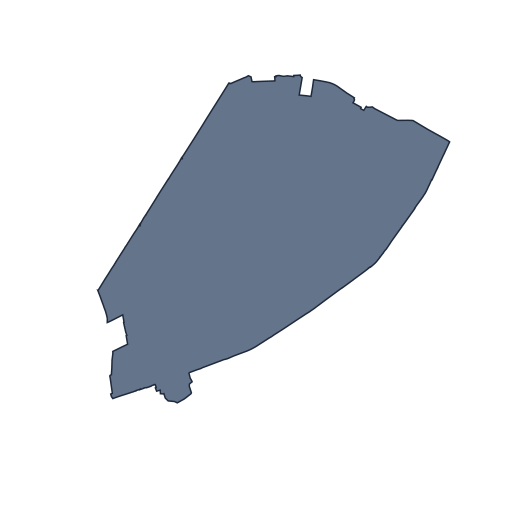 Voluntari, Bucharest, Romania (Robinson projection), rotated 114°
{"feature_id": "2599482B78870557966424", "entity_name": "Voluntari", "entity_type": "district", "adm_level": 2, "iso_a3": "ROU", "parent_name": "Romania", "parent_adm1": "Bucharest", "projection": "robinson", "projection_center": [26.156, 44.509], "detail": "fine", "context": "isolated", "style": "filled", "palette": "slate", "viewbox_px": 512, "rotation_deg": 114, "n_neighbors": 0, "source": "geoboundaries", "source_scale": "gbopen_adm2", "svg_char_len": 5782}
<svg xmlns="http://www.w3.org/2000/svg" viewBox="0 0 512 512"><g transform="rotate(114 256 256)"><path d="M444.5,328.8L444.3,328.6L443.4,327.7L442.4,326.7L441.8,326.0L441.2,325.4L439.8,323.9L439.5,323.5L438.7,322.7L438.1,322.0L437.9,321.8L437.2,321.0L436.2,319.8L435.8,319.4L434.0,317.4L432.6,315.8L432.3,315.5L432.2,315.4L431.2,314.3L430.8,313.9L430.5,313.5L430.2,313.1L430.0,312.9L429.8,312.7L429.4,312.4L429.2,312.1L428.9,311.8L428.8,311.7L428.4,311.2L428.2,310.9L428.0,310.7L427.7,310.8L427.6,310.7L426.9,309.9L426.6,309.6L426.4,309.3L426.0,308.9L425.7,308.6L425.5,308.3L425.3,308.0L425.1,307.9L425.4,307.8L424.8,307.2L424.3,306.6L424.0,306.3L422.4,304.6L422.2,304.7L421.8,304.2L421.3,303.7L421.2,303.4L421.2,303.2L421.2,302.9L420.7,302.4L420.5,302.0L420.1,301.6L419.3,300.7L419.0,300.3L418.7,300.2L418.3,299.8L418.2,299.6L418.1,299.4L418.0,299.1L416.9,298.6L415.6,297.2L415.2,296.7L415.0,296.8L414.5,296.2L414.4,295.8L414.7,295.5L415.5,294.8L416.7,293.7L417.4,294.3L418.4,293.3L419.9,291.8L417.5,289.0L420.7,287.3L419.7,284.6L419.2,284.2L422.7,281.1L424.1,277.3L422.1,271.3L422.2,268.2L415.8,263.4L414.2,262.5L408.3,259.4L407.2,259.4L402.3,263.8L402.2,263.9L401.1,264.4L400.0,264.7L399.8,264.7L399.6,264.6L399.4,264.5L397.0,263.2L396.8,263.2L395.5,264.8L394.4,266.4L390.3,269.6L389.7,269.5L383.6,263.3L382.3,261.8L381.2,260.6L379.9,259.6L373.6,253.2L363.8,243.3L361.8,240.7L360.7,239.6L358.9,238.0L356.3,235.6L355.5,234.8L354.2,233.5L349.9,229.1L346.4,225.5L343.5,222.9L340.2,220.3L339.5,219.8L337.9,218.7L326.1,211.0L324.6,209.9L323.2,208.9L322.1,208.3L320.8,207.5L312.0,201.7L308.1,199.2L306.0,197.9L296.9,192.1L290.7,188.1L289.1,187.1L285.3,184.5L283.4,183.4L280.5,181.6L277.7,180.1L273.1,177.5L270.2,175.9L260.7,170.5L256.1,167.9L250.2,164.5L250.3,164.4L248.4,163.3L225.1,150.1L221.3,148.1L221.2,148.3L219.4,147.2L219.6,146.9L218.5,146.3L217.2,145.7L215.7,145.0L214.1,144.3L212.7,143.8L211.8,143.5L210.9,143.3L209.8,143.0L208.8,142.7L206.9,142.3L206.6,142.2L206.5,142.4L205.7,142.2L205.3,141.9L205.1,141.8L203.5,141.5L202.7,141.3L201.3,140.9L200.0,140.8L199.3,140.6L198.4,140.4L196.7,139.8L189.8,138.6L187.2,138.2L169.7,134.6L168.7,134.7L168.5,134.4L162.9,133.2L158.3,132.3L157.1,132.0L155.8,131.8L150.6,130.7L148.0,130.2L147.8,130.5L146.6,130.2L145.3,130.0L142.8,129.5L141.6,129.2L140.6,129.0L139.3,128.7L136.9,128.2L134.4,127.7L131.7,127.3L129.5,126.9L127.6,126.8L125.8,126.7L123.4,126.7L122.1,126.7L120.8,126.6L119.6,126.6L118.3,126.6L116.9,126.6L114.9,126.6L114.9,126.2L105.3,126.1L103.2,126.0L101.4,125.9L101.4,126.0L99.0,126.0L93.6,125.9L87.3,125.8L86.0,125.7L83.4,125.7L82.2,125.7L78.4,125.6L77.0,125.6L76.1,125.6L73.0,125.5L72.6,127.3L71.9,134.2L70.5,150.2L69.2,161.1L68.4,167.5L68.6,168.3L70.2,172.3L74.5,181.7L74.6,182.3L74.0,192.6L73.1,207.6L72.5,210.2L72.5,210.5L72.9,211.0L73.2,211.5L73.9,212.8L74.8,214.8L74.5,216.1L79.1,216.8L78.8,220.4L77.4,220.4L76.8,227.3L76.6,229.7L74.8,229.5L73.7,229.5L72.8,229.8L72.3,230.6L71.5,230.5L70.4,237.9L70.3,239.0L69.7,241.7L68.7,246.8L68.0,250.0L67.7,252.0L67.5,254.3L67.5,256.1L67.7,259.2L68.7,263.9L69.9,268.9L71.2,273.9L71.5,275.1L75.3,274.0L79.1,272.9L82.6,272.0L87.8,270.7L89.2,275.4L91.4,282.0L74.2,286.4L74.1,287.2L73.9,287.8L73.7,288.3L73.2,288.8L73.0,289.0L72.7,289.2L73.9,291.3L75.7,294.9L75.9,294.8L76.8,294.5L76.9,295.0L78.4,299.8L78.4,300.0L78.5,300.2L78.6,300.3L78.6,300.5L79.9,302.6L80.1,302.9L80.3,303.2L80.4,303.5L80.6,303.8L80.7,304.1L80.8,304.5L81.0,305.0L81.2,306.0L81.5,307.4L81.5,307.6L81.6,307.9L81.7,308.2L81.8,308.5L81.9,308.8L82.1,309.1L82.2,309.3L82.4,309.6L82.6,309.9L82.8,310.1L83.0,310.4L83.3,311.0L84.0,310.7L84.2,311.2L84.6,311.9L88.0,310.0L88.4,310.0L93.6,320.7L96.4,326.4L97.0,327.5L98.0,329.6L98.2,330.3L98.3,330.6L94.4,333.4L94.4,336.3L95.4,337.0L97.1,338.3L98.2,339.6L99.4,340.6L105.7,346.5L108.6,349.1L108.5,349.3L109.0,349.8L109.0,350.0L108.9,350.7L109.2,350.8L109.1,351.1L110.2,351.3L115.4,352.0L132.2,354.4L142.5,355.9L151.0,357.1L159.3,358.2L167.5,359.4L177.2,360.8L180.4,361.3L186.5,362.2L193.8,363.3L196.4,363.9L196.6,363.0L197.4,363.1L197.4,364.0L199.0,364.2L199.6,364.0L200.0,364.2L202.3,364.5L204.6,364.8L209.1,365.5L216.6,366.7L218.4,366.9L221.3,367.2L221.2,367.4L231.3,368.9L235.2,369.5L240.8,370.3L241.3,370.4L241.6,370.4L242.0,370.5L244.0,370.7L244.9,370.8L246.8,371.1L255.4,372.3L261.7,373.2L263.4,373.3L263.4,373.5L265.4,373.8L267.1,374.1L271.5,374.5L272.4,374.6L273.5,374.7L273.3,374.9L274.1,375.1L274.4,374.5L274.6,374.3L275.6,374.3L275.2,375.2L277.6,375.5L278.1,375.5L282.0,376.1L284.0,376.5L285.3,376.7L287.9,377.1L293.5,377.9L295.1,378.1L295.9,378.3L298.0,378.5L300.5,379.0L300.8,379.1L301.8,379.2L302.4,379.2L304.3,379.5L305.5,379.7L306.2,379.8L308.3,380.1L309.2,380.3L310.4,380.4L310.8,380.5L311.2,380.6L312.3,380.7L312.8,380.7L313.5,380.9L314.4,381.0L318.9,381.7L319.3,381.6L320.6,381.9L321.1,381.9L322.6,382.1L325.4,382.6L327.2,382.9L328.1,383.0L328.8,383.1L329.6,383.2L330.3,383.3L333.9,383.8L334.3,383.9L335.8,384.1L337.5,384.4L351.8,386.3L351.8,386.5L355.5,382.8L356.9,381.4L358.4,380.0L361.2,377.3L362.4,376.1L363.9,374.7L365.0,373.7L367.0,371.7L368.3,370.5L369.9,369.2L371.5,367.9L372.5,367.2L373.6,366.4L374.5,366.0L376.0,365.4L377.3,364.8L375.4,363.1L372.4,360.6L366.7,356.0L364.0,353.8L364.7,353.3L366.4,352.2L366.9,351.8L370.3,349.6L370.6,349.9L373.1,348.1L378.3,344.2L381.1,341.7L381.6,342.2L388.8,337.4L390.0,338.4L393.0,341.0L396.4,343.8L401.4,348.0L402.4,347.5L403.6,347.0L404.3,346.8L408.9,345.4L409.9,345.1L411.7,344.3L413.5,343.6L414.3,343.2L415.5,342.8L416.3,342.4L417.9,341.8L420.4,340.9L421.5,340.5L421.8,340.4L422.2,340.2L423.2,339.8L423.8,340.3L424.3,340.7L424.6,340.8L425.3,340.6L426.9,339.5L428.8,338.3L439.7,331.5L439.9,331.4L441.2,332.6L441.7,332.2L443.2,330.9L444.5,328.8Z" fill="#64748b" stroke="#1e293b" stroke-width="1.5"/></g></svg>